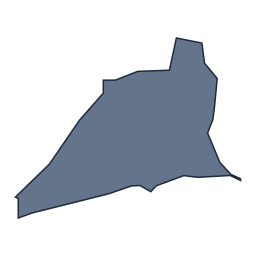 Union, Pennsylvania, United States of America
{"feature_id": "52423323B12259701702978", "entity_name": "Union", "entity_type": "district", "adm_level": 2, "iso_a3": "USA", "parent_name": "United States of America", "parent_adm1": "Pennsylvania", "projection": "albers", "projection_center": [-77.037, 40.978], "detail": "fine", "context": "isolated", "style": "filled", "palette": "slate", "viewbox_px": 256, "rotation_deg": 0, "n_neighbors": 0, "source": "geoboundaries", "source_scale": "gbopen_adm2", "svg_char_len": 488}
<svg xmlns="http://www.w3.org/2000/svg" viewBox="0 0 256 256"><path d="M15.4,197.1L18.2,198.4L18.3,218.0L32.3,212.9L109.0,193.7L131.2,186.0L139.9,185.5L150.8,191.7L156.2,185.8L183.8,175.6L197.4,177.3L230.3,175.5L240.6,180.5L240.4,178.7L230.9,174.4L219.9,162.5L207.6,133.0L212.9,119.4L214.6,106.0L217.2,78.5L204.5,63.1L201.9,43.1L176.4,38.0L169.4,70.2L137.6,71.4L115.4,80.1L103.3,80.2L103.3,93.1L79.4,120.3L49.4,164.1L15.4,197.1Z" fill="#64748b" stroke="#1e293b" stroke-width="1.5"/></svg>